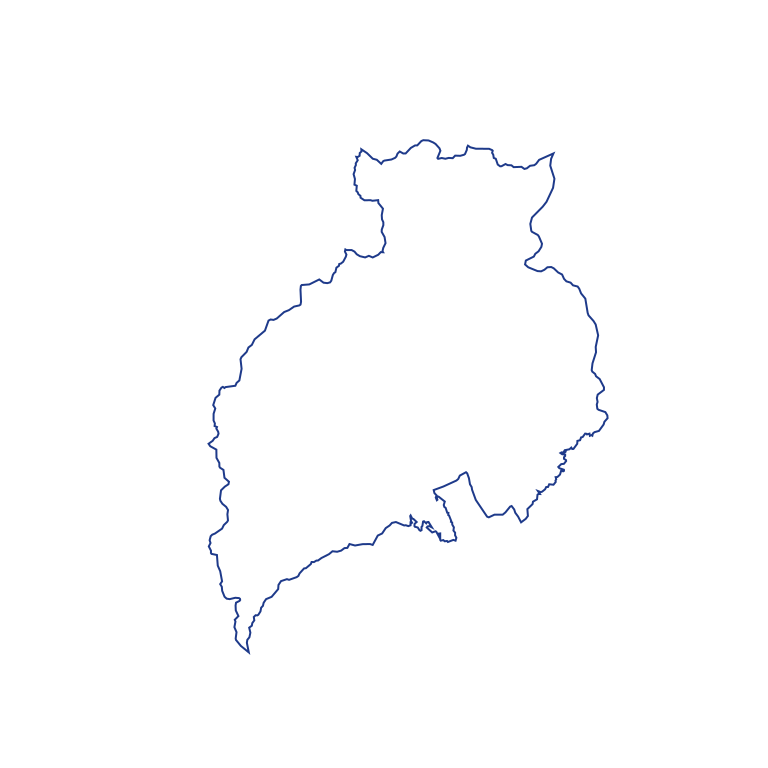 Prado, Tolima, Colombia, rotated 140°
{"feature_id": "7082276B50154878845236", "entity_name": "Prado", "entity_type": "district", "adm_level": 2, "iso_a3": "COL", "parent_name": "Colombia", "parent_adm1": "Tolima", "projection": "orthographic", "projection_center": [-74.869, 3.724], "detail": "fine", "context": "isolated", "style": "outline", "palette": "blue", "viewbox_px": 768, "rotation_deg": 140, "n_neighbors": 0, "source": "geoboundaries", "source_scale": "gbopen_adm2", "svg_char_len": 6166}
<svg xmlns="http://www.w3.org/2000/svg" viewBox="0 0 768 768"><g transform="rotate(140 384 384)"><path d="M660.1,265.3L655.4,273.9L653.1,275.9L649.9,276.5L646.2,279.4L643.9,284.0L640.6,283.8L638.6,285.5L635.3,286.3L633.5,289.2L631.0,289.4L629.8,288.2L628.6,288.0L624.8,289.2L621.9,291.6L619.3,291.9L616.8,293.8L612.6,295.0L606.9,293.2L596.9,294.9L594.0,297.9L589.6,299.2L583.8,296.9L582.6,295.0L575.1,292.2L573.0,292.0L570.4,293.2L563.8,294.1L562.2,293.1L555.8,293.1L553.9,294.2L552.1,292.6L549.3,292.2L548.0,291.2L543.7,290.9L535.5,289.0L531.0,289.0L527.7,285.6L523.9,283.9L519.8,283.7L517.4,282.0L513.3,283.6L510.0,278.9L503.4,275.1L497.6,270.4L496.1,268.0L486.2,271.9L481.5,270.7L475.3,272.5L470.6,272.0L467.2,272.5L463.6,270.6L459.5,262.7L458.1,261.8L456.7,259.5L454.5,258.7L452.9,260.6L452.5,259.7L451.7,259.7L451.4,261.6L448.8,266.0L448.1,266.2L448.9,262.8L448.2,261.7L447.7,257.3L450.5,257.2L452.0,255.6L452.1,254.8L450.4,252.4L450.8,249.2L450.4,248.1L449.2,247.9L447.1,250.4L445.8,250.6L442.5,253.5L441.6,253.2L441.2,250.1L439.8,250.5L438.6,249.7L439.5,243.4L440.5,245.9L442.2,246.9L443.5,246.6L442.5,239.3L439.2,238.1L438.9,237.2L440.2,230.9L439.3,231.2L437.9,234.0L437.0,233.4L441.1,228.5L441.2,227.5L438.9,226.3L438.6,224.5L436.6,223.2L436.6,221.9L431.1,220.0L429.9,218.0L427.4,219.7L426.8,222.4L425.1,224.4L425.0,227.1L422.6,229.3L422.1,232.4L420.8,234.1L421.3,235.4L420.5,236.0L418.7,241.4L419.0,242.4L417.5,243.9L418.3,244.8L416.4,249.5L416.8,251.1L416.0,252.9L413.0,254.9L414.6,262.7L415.3,263.3L416.6,263.2L417.5,261.0L418.2,261.0L417.3,263.8L415.3,264.8L415.5,268.0L414.1,270.8L404.4,267.3L390.6,263.5L388.2,263.5L384.8,265.1L377.9,263.7L377.7,262.1L379.5,257.2L382.6,251.9L383.1,248.7L384.5,246.4L388.2,236.2L390.3,216.1L389.4,214.5L383.4,212.9L377.1,207.6L373.5,207.6L366.2,209.0L364.7,208.5L364.9,204.2L366.2,201.0L366.5,196.2L367.9,189.9L362.1,189.6L358.6,190.4L354.6,196.0L347.4,196.5L345.5,198.1L340.9,197.3L337.6,200.5L336.4,200.5L335.3,199.5L334.9,203.1L333.4,200.4L332.1,199.9L328.3,199.8L326.0,200.8L324.5,199.7L321.9,201.0L318.9,197.9L315.4,198.6L314.7,199.8L313.3,200.3L312.4,202.3L310.9,201.3L307.4,201.5L304.2,203.6L302.8,201.9L301.9,201.8L301.3,202.7L303.8,206.8L303.8,208.4L299.7,208.7L297.5,207.2L294.0,207.9L293.5,208.7L294.2,211.0L293.2,212.2L291.5,212.4L290.6,213.5L292.7,215.7L293.2,217.7L291.9,217.5L290.2,215.7L288.7,215.3L288.2,215.6L289.0,216.8L288.1,217.1L283.9,214.8L281.4,214.9L281.6,213.2L280.6,212.5L274.4,214.0L272.4,216.1L269.9,214.9L267.4,216.4L265.8,215.7L261.8,216.7L260.8,215.6L260.9,214.9L258.5,213.9L259.6,212.0L257.9,211.5L257.6,210.5L255.8,211.8L253.7,211.8L249.5,209.9L241.8,211.8L239.4,213.4L234.7,214.1L233.1,216.4L232.5,220.2L236.2,226.3L236.5,227.9L234.2,231.5L231.9,233.0L230.0,236.4L227.1,238.5L219.3,238.1L217.6,240.1L215.6,249.2L216.6,253.6L215.8,256.0L216.5,259.6L216.0,261.1L211.0,265.8L201.2,272.0L198.0,276.3L188.7,283.6L183.6,293.5L183.0,297.6L183.2,305.1L182.3,307.5L174.9,320.0L174.8,326.7L173.2,331.5L173.0,334.2L175.8,338.1L175.9,341.7L178.3,345.4L178.5,348.8L177.2,353.4L178.9,357.5L179.6,363.5L180.7,366.1L183.8,368.4L187.7,368.4L191.2,369.3L193.8,371.8L198.5,380.7L199.1,384.9L196.0,387.4L187.3,385.3L184.4,386.5L180.3,386.3L175.3,387.9L172.8,389.9L170.5,397.5L170.4,399.3L172.8,405.4L172.7,406.7L169.0,412.6L163.6,416.4L148.5,417.8L142.4,419.1L128.4,425.6L121.5,431.7L116.3,444.4L111.2,449.1L106.0,451.7L121.1,456.0L125.8,454.9L128.2,455.0L131.9,457.3L135.9,457.4L138.2,458.5L139.1,462.0L145.3,466.8L145.8,469.6L148.6,472.2L149.5,474.4L154.0,475.3L155.1,476.1L155.8,479.0L153.6,484.7L154.6,486.6L152.9,489.5L152.6,491.6L150.8,492.8L150.8,493.6L152.3,496.6L162.4,505.2L165.7,509.8L166.5,512.6L168.5,511.7L170.1,510.1L174.1,508.1L175.4,508.2L178.9,509.8L182.7,513.2L186.2,512.8L189.1,515.6L192.2,517.1L194.5,520.0L197.8,521.7L197.8,522.8L190.9,526.4L190.0,528.9L190.2,534.7L191.0,537.3L193.3,541.9L197.2,545.5L199.2,546.1L205.1,545.4L206.9,546.8L211.7,547.6L219.2,546.7L221.1,548.2L222.5,552.0L225.5,551.8L228.3,550.3L230.1,550.1L234.0,551.2L240.1,554.9L241.4,555.2L244.6,554.4L245.4,560.4L247.8,563.8L248.6,571.7L250.5,578.4L251.8,576.6L254.1,576.5L256.0,574.5L258.3,574.8L259.2,575.8L260.3,572.3L263.8,571.2L264.8,569.8L267.6,568.5L268.6,566.5L272.4,564.3L274.5,559.7L278.5,555.7L277.4,553.4L281.1,549.7L280.9,547.7L281.6,545.9L281.1,543.3L282.2,541.8L280.9,537.3L276.2,533.5L275.1,531.8L270.3,528.6L272.0,526.2L272.1,519.0L277.2,514.8L279.7,511.4L280.5,508.4L282.4,506.1L286.5,503.7L288.0,502.0L289.1,496.2L292.3,490.9L297.0,488.8L299.8,486.7L300.0,485.5L301.7,487.1L305.3,486.7L311.3,488.2L313.2,491.9L317.1,493.1L320.3,497.4L321.5,500.9L321.5,504.4L322.7,507.4L326.7,510.8L327.1,511.9L328.8,510.6L329.6,507.3L331.5,506.0L336.7,503.9L339.8,504.0L341.1,504.7L342.6,503.5L345.7,503.7L349.4,500.9L350.9,501.1L353.1,500.4L358.0,497.0L360.0,496.5L362.6,497.7L365.2,500.5L366.4,505.7L377.2,508.3L383.4,512.7L384.7,512.5L387.3,510.0L394.7,500.3L396.9,498.5L398.3,498.6L403.1,501.1L409.4,501.7L414.2,503.3L424.1,503.1L427.4,504.1L429.4,506.3L431.7,506.8L440.9,501.4L454.4,501.4L460.1,498.9L464.4,499.1L468.6,496.9L476.0,496.2L478.0,495.2L483.3,487.2L492.5,479.7L496.2,479.6L499.0,478.2L507.4,483.5L508.8,483.5L509.3,485.4L510.9,485.7L514.3,484.7L517.0,481.7L521.9,481.7L528.4,477.6L529.0,473.7L533.7,470.7L538.0,465.6L538.9,462.5L540.8,460.7L539.6,458.4L541.1,457.6L541.7,454.1L542.7,452.3L545.8,450.7L548.6,451.5L551.8,450.6L556.8,451.0L557.1,448.0L554.6,441.5L559.8,435.1L560.9,429.4L563.2,426.5L563.4,425.2L562.2,421.4L566.5,414.7L565.6,408.8L567.6,407.2L571.9,407.7L577.2,407.3L583.5,401.5L584.4,399.7L584.8,396.1L583.9,391.3L584.5,387.7L587.7,384.9L591.2,379.8L592.7,379.2L597.4,378.9L601.0,377.3L609.6,378.1L612.5,379.0L614.6,378.8L618.0,376.4L619.1,373.7L622.6,372.2L623.7,367.5L625.2,365.8L625.3,364.7L621.9,360.4L628.1,351.7L629.8,345.9L634.9,336.9L638.1,336.0L638.6,332.9L640.9,329.6L642.9,323.5L642.5,320.7L640.5,318.4L635.3,315.8L632.7,313.2L632.4,312.1L633.0,311.0L634.1,310.7L637.9,311.6L640.1,309.7L643.1,305.8L644.7,299.8L649.9,299.3L650.5,297.5L654.9,293.9L656.5,288.7L661.2,284.4L661.9,283.1L662.0,275.3L660.1,265.3Z" fill="none" stroke="#1e3a8a" stroke-width="2"/></g></svg>